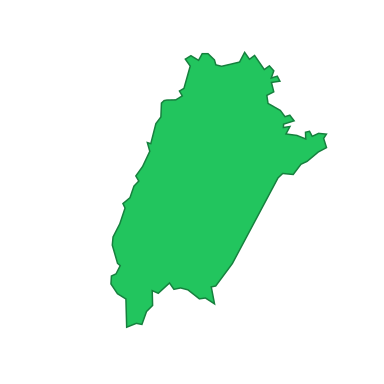 outline of Washington, Texas, United States of America, rotated 307°
{"feature_id": "52423323B15750525116760", "entity_name": "Washington", "entity_type": "district", "adm_level": 2, "iso_a3": "USA", "parent_name": "United States of America", "parent_adm1": "Texas", "projection": "albers", "projection_center": [-96.362, 30.222], "detail": "fine", "context": "isolated", "style": "filled", "palette": "green", "viewbox_px": 384, "rotation_deg": 307, "n_neighbors": 0, "source": "geoboundaries", "source_scale": "gbopen_adm2", "svg_char_len": 1273}
<svg xmlns="http://www.w3.org/2000/svg" viewBox="0 0 384 384"><g transform="rotate(307 192 192)"><path d="M116.2,277.3L127.8,264.5L131.2,267.5L159.1,267.3L255.1,252.2L261.4,253.3L266.9,262.3L279.7,262.3L285.8,265.5L300.0,268.8L308.4,272.7L314.0,264.9L319.1,264.5L315.0,257.8L308.8,254.5L311.2,249.3L308.0,246.7L302.8,250.9L300.3,241.7L294.9,232.1L303.2,230.8L298.5,226.2L301.3,224.3L310.3,230.7L312.2,223.9L308.1,220.9L310.3,213.5L308.5,199.4L314.2,193.6L321.2,197.0L327.3,189.5L333.4,195.5L335.8,190.4L330.7,186.7L338.0,184.4L339.3,177.9L333.3,176.0L338.7,159.8L332.6,158.0L335.2,150.0L324.4,151.8L310.2,140.0L307.9,134.5L311.0,130.4L312.1,121.5L308.6,116.9L301.1,118.0L300.2,109.1L294.1,106.7L291.5,114.8L269.9,123.2L265.1,121.2L262.9,126.4L255.8,123.6L250.3,116.6L248.2,114.7L244.6,114.1L233.2,122.0L224.9,122.0L205.8,130.0L204.6,126.6L199.1,133.8L182.7,137.2L171.0,137.5L168.7,142.9L161.8,142.1L150.1,145.9L141.2,143.8L138.9,148.2L123.1,153.5L108.6,156.0L101.6,160.3L90.2,175.5L90.0,179.0L80.9,180.6L76.4,178.2L69.8,182.6L65.9,193.7L66.8,203.6L44.7,221.2L53.6,226.6L56.1,231.7L69.2,227.6L77.7,228.8L89.3,219.6L90.8,226.0L105.8,228.8L103.4,236.1L108.5,240.6L111.4,247.6L111.1,262.2L115.4,266.5L116.2,277.3Z" fill="#22c55e" stroke="#15803d" stroke-width="1.5"/></g></svg>